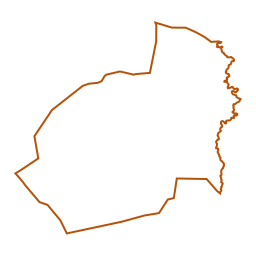 Buucagaan, Bayanhongor, Mongolia
{"feature_id": "93677404B41797209150510", "entity_name": "Buucagaan", "entity_type": "district", "adm_level": 2, "iso_a3": "MNG", "parent_name": "Mongolia", "parent_adm1": "Bayanhongor", "projection": "robinson", "projection_center": [99.259, 46.209], "detail": "fine", "context": "isolated", "style": "outline", "palette": "amber", "viewbox_px": 256, "rotation_deg": 0, "n_neighbors": 0, "source": "geoboundaries", "source_scale": "gbopen_adm2", "svg_char_len": 5798}
<svg xmlns="http://www.w3.org/2000/svg" viewBox="0 0 256 256"><path d="M220.1,193.4L220.2,192.7L220.2,192.3L220.6,191.6L221.2,190.9L221.3,190.4L221.3,189.9L221.1,189.5L220.9,189.2L220.8,188.9L221.2,187.9L221.4,187.6L221.2,187.3L221.2,186.9L221.4,186.7L221.7,186.3L221.9,186.1L221.9,185.4L222.2,184.8L222.5,184.4L222.7,183.4L222.6,183.1L222.2,182.8L221.8,182.6L221.3,182.3L221.1,181.9L221.2,181.6L221.4,181.2L221.7,180.6L221.7,180.1L221.1,179.3L221.1,178.9L221.2,178.4L221.2,178.0L221.1,177.7L221.1,177.3L220.9,177.1L220.6,176.8L220.5,176.5L220.4,176.2L220.4,175.8L220.5,175.6L221.0,175.3L221.3,175.1L221.4,174.8L221.5,174.5L221.5,173.8L221.5,173.4L221.3,172.9L221.2,172.4L221.2,171.8L221.3,171.0L221.4,170.3L221.7,169.6L222.4,168.8L222.8,168.4L223.1,168.0L223.1,167.2L223.3,166.8L223.6,166.6L223.8,166.2L223.9,165.8L223.9,165.5L223.8,165.2L223.8,164.9L224.0,164.6L224.0,164.4L223.9,164.0L223.9,163.8L223.6,163.1L223.0,162.6L222.6,162.1L222.2,161.6L221.8,161.2L221.4,160.9L221.0,160.6L220.6,160.3L220.4,159.6L220.2,158.7L220.3,158.3L220.4,158.2L220.5,157.8L220.4,157.7L220.3,157.4L219.9,157.0L219.4,156.6L219.2,156.4L219.1,156.1L219.2,155.8L219.4,155.4L219.1,154.9L218.8,154.3L218.5,153.6L217.8,152.6L217.7,152.0L217.7,151.5L217.8,151.1L218.2,150.6L218.4,150.3L218.3,150.0L218.0,149.5L218.0,148.9L218.0,148.6L217.7,148.5L216.3,148.4L216.1,148.1L216.0,147.9L216.1,147.4L216.3,147.0L216.8,145.9L217.0,145.5L217.0,143.6L216.5,142.9L216.3,142.7L216.1,142.2L216.1,141.8L216.3,141.4L216.5,140.8L216.9,140.6L217.2,140.1L217.5,139.8L217.9,139.7L218.5,139.6L218.8,139.3L218.9,139.0L218.9,138.6L218.6,138.2L218.6,137.5L218.4,136.9L218.1,136.3L217.7,135.8L217.6,135.2L217.8,134.5L218.1,133.8L218.2,133.2L218.3,132.9L219.0,132.5L219.9,131.8L220.8,131.0L220.9,130.6L220.7,130.3L220.3,129.9L220.2,129.5L220.2,129.1L220.4,128.5L220.6,127.9L220.9,127.5L221.4,127.3L221.8,127.1L222.1,126.7L222.3,126.2L222.3,125.9L222.1,125.6L221.3,124.4L220.9,123.2L221.0,122.2L221.2,121.7L221.7,121.2L222.4,121.1L223.0,121.2L224.0,122.0L224.6,123.0L225.1,123.4L225.4,123.5L226.0,123.3L226.2,123.0L226.2,122.7L226.0,122.3L225.9,121.8L226.0,121.4L226.2,121.1L226.9,120.6L228.3,120.4L229.2,120.6L229.8,120.4L230.4,120.0L230.8,119.7L231.1,119.3L231.2,118.8L231.1,118.1L231.3,117.8L231.6,117.7L232.1,117.7L232.6,117.8L233.2,118.0L233.6,118.0L233.9,118.0L234.0,117.7L234.0,117.3L233.7,116.7L233.7,116.2L233.8,115.7L234.1,115.4L234.3,115.3L234.6,115.4L235.5,115.6L236.3,115.5L236.8,115.4L237.0,115.1L237.0,114.8L237.0,114.5L237.3,114.1L237.0,113.8L236.6,113.5L236.2,113.4L235.9,113.4L235.4,113.5L234.6,113.4L234.0,113.2L233.3,112.8L232.7,112.5L232.5,112.1L232.6,111.8L233.1,111.5L233.5,111.1L233.6,110.7L233.9,110.5L234.1,109.8L234.0,109.3L233.5,108.5L233.4,107.6L233.7,106.5L233.5,106.1L233.3,105.7L233.2,105.4L233.4,104.9L233.5,104.5L233.7,104.2L234.3,104.3L234.7,104.2L235.2,104.0L235.6,103.7L236.2,103.1L237.0,102.6L238.0,102.1L238.8,101.8L239.1,101.6L239.5,101.2L239.7,100.8L239.7,100.3L239.7,100.0L239.9,99.7L240.2,99.4L240.6,99.2L240.5,98.9L240.1,98.7L238.9,98.4L238.0,98.0L236.7,97.2L236.4,96.8L236.4,95.9L236.3,95.7L236.2,95.4L235.8,95.3L235.5,95.3L235.1,95.1L234.6,94.7L234.4,94.7L233.7,94.6L233.1,94.3L232.6,93.9L232.0,92.9L231.8,92.2L231.9,91.6L232.0,91.3L232.5,91.1L233.1,91.0L233.7,91.3L234.6,91.7L235.1,92.1L235.5,92.3L235.9,92.2L236.2,92.0L236.7,91.3L237.1,91.0L237.9,90.1L238.1,89.8L238.0,89.4L237.8,89.1L237.3,88.6L237.1,88.5L236.8,88.5L236.4,88.6L235.6,88.9L235.2,89.0L234.9,89.0L234.6,89.0L234.4,89.0L234.3,88.9L233.6,88.5L233.3,88.1L233.0,87.6L232.7,87.1L232.4,86.9L232.2,86.8L231.3,87.2L231.0,87.3L230.6,87.7L229.5,87.9L228.9,88.1L228.3,88.2L228.0,88.2L227.8,88.0L227.7,87.5L227.8,86.8L228.3,85.7L228.6,84.9L228.6,84.5L228.6,84.3L228.3,84.1L227.8,83.7L227.6,83.3L227.4,82.9L227.2,82.6L227.1,82.3L227.2,81.8L227.1,81.6L226.9,81.5L226.2,81.6L225.7,81.7L225.3,81.9L224.7,81.9L224.4,81.8L224.3,81.5L224.5,81.1L224.6,80.9L225.0,80.7L225.5,80.7L226.1,80.6L226.5,80.3L227.0,79.9L227.2,79.6L227.2,79.2L227.1,78.9L226.7,78.5L226.7,78.1L226.8,77.6L227.0,77.4L227.3,77.3L228.0,77.1L228.7,76.7L229.1,76.3L229.3,76.0L229.4,75.7L229.3,75.4L229.1,75.2L228.9,74.9L228.7,74.6L228.7,74.3L228.4,73.9L227.7,73.9L227.0,73.6L225.9,72.8L225.8,72.4L225.8,72.1L225.8,71.8L226.3,71.1L226.4,70.9L226.4,70.5L226.4,70.0L226.7,69.6L227.1,69.3L227.5,68.9L227.9,68.7L228.2,68.2L228.5,67.6L228.7,67.1L228.7,66.6L228.6,65.8L228.7,65.4L228.9,65.1L229.2,64.8L229.7,64.7L230.5,64.5L230.7,64.4L230.9,64.0L231.1,63.5L231.3,63.0L231.3,62.5L231.3,62.3L231.4,61.8L231.6,61.6L232.4,61.1L233.1,61.0L233.6,61.0L233.8,60.9L234.0,60.7L234.0,59.7L233.7,59.1L233.4,58.8L233.0,58.4L232.6,58.1L232.0,57.8L231.3,57.2L231.0,57.0L230.6,57.1L229.8,57.3L228.9,57.3L228.3,57.3L227.8,57.3L227.3,57.2L227.1,56.3L226.6,56.0L225.7,55.4L224.3,54.1L223.9,53.2L223.7,52.9L223.3,52.8L222.7,52.6L222.3,52.2L222.0,51.6L221.7,50.7L221.5,49.4L221.2,48.9L221.1,48.0L221.2,47.7L221.5,47.5L221.8,47.4L222.4,47.1L222.4,46.8L222.2,46.7L221.7,46.6L221.4,46.8L220.8,47.0L220.2,47.4L219.9,47.5L219.4,47.3L218.9,47.0L218.6,46.9L218.3,47.1L217.7,47.2L217.2,47.0L217.0,46.8L217.0,46.5L217.7,46.0L217.8,45.7L217.1,44.8L217.0,44.5L217.0,44.2L217.1,43.9L217.3,43.7L218.3,43.2L219.0,43.0L220.2,43.1L220.7,42.8L221.1,42.3L221.2,42.1L220.9,42.0L220.5,42.0L219.6,41.8L218.9,41.4L211.2,41.9L204.5,37.0L196.4,32.5L185.8,27.7L171.9,27.6L155.4,22.6L156.3,25.2L156.2,41.3L149.9,72.9L135.5,74.1L133.9,74.7L121.5,71.8L119.9,71.5L106.2,74.7L104.5,76.2L103.4,78.1L101.6,81.2L97.4,82.9L88.9,83.7L82.7,85.9L52.0,110.0L34.4,136.2L38.3,158.4L20.7,170.2L15.4,173.4L18.0,176.3L22.5,181.5L25.7,185.8L39.5,202.1L47.5,204.9L60.3,220.2L66.8,233.4L121.8,221.7L144.4,215.5L159.0,213.1L167.8,199.5L173.8,198.1L175.4,187.9L176.8,178.5L206.6,179.0L217.1,191.0L220.1,193.4Z" fill="none" stroke="#b45309" stroke-width="2"/></svg>